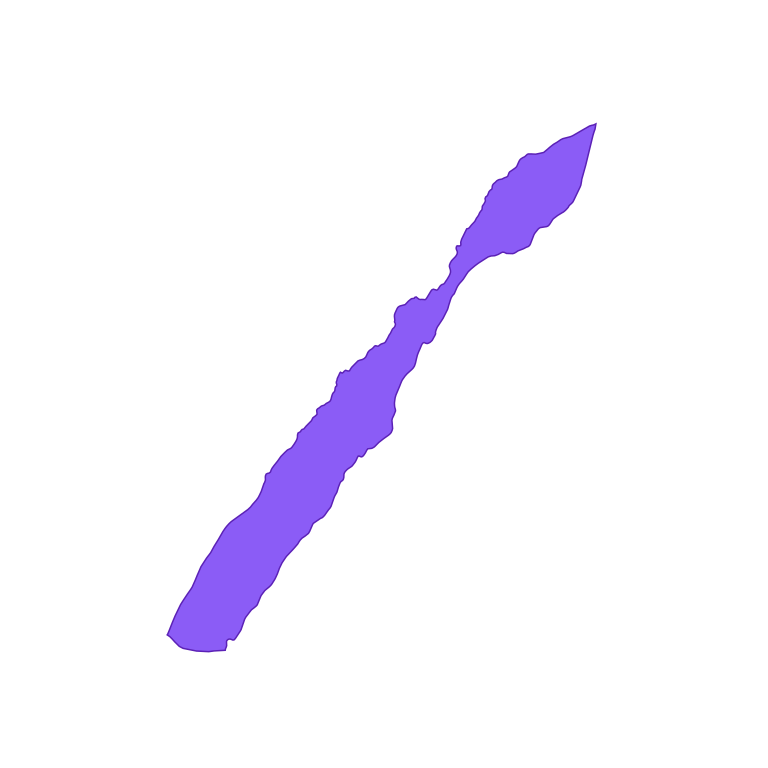 outline of Santa Cruz Muluá, Retalhuleu, Guatemala, rotated 201°
{"feature_id": "79465075B78170683113897", "entity_name": "Santa Cruz Muluá", "entity_type": "district", "adm_level": 2, "iso_a3": "GTM", "parent_name": "Guatemala", "parent_adm1": "Retalhuleu", "projection": "equal_earth", "projection_center": [-91.661, 14.45], "detail": "fine", "context": "isolated", "style": "filled", "palette": "violet", "viewbox_px": 768, "rotation_deg": 201, "n_neighbors": 0, "source": "geoboundaries", "source_scale": "gbopen_adm2", "svg_char_len": 6145}
<svg xmlns="http://www.w3.org/2000/svg" viewBox="0 0 768 768"><g transform="rotate(201 384 384)"><path d="M279.4,702.8L281.2,700.9L282.8,699.9L284.6,698.5L289.4,692.6L297.0,683.2L298.7,681.6L304.9,677.2L306.5,675.5L309.1,671.7L311.6,668.6L314.1,664.4L316.0,660.8L317.9,657.4L321.2,655.2L324.8,652.9L328.5,651.7L331.7,650.5L332.5,649.8L334.1,646.6L335.7,644.9L337.1,642.9L337.6,641.4L337.8,639.5L338.0,635.2L338.2,634.1L339.0,632.5L342.7,627.1L343.0,625.8L342.9,622.5L343.8,621.0L344.7,620.4L346.3,618.8L346.9,618.0L347.6,617.4L349.8,616.1L350.8,615.1L351.6,614.0L352.4,612.1L353.3,610.5L353.7,609.5L353.9,608.4L353.7,607.0L353.3,605.8L353.2,604.3L354.1,603.3L354.9,601.2L354.9,597.5L355.3,596.2L356.1,595.1L356.1,593.3L354.9,591.1L355.2,588.2L355.7,586.3L355.9,585.2L355.4,583.4L355.1,582.4L355.1,581.4L355.7,579.9L356.1,578.0L356.2,575.5L356.7,573.3L357.1,572.0L357.5,568.3L359.3,563.9L360.0,561.7L360.3,560.6L361.0,559.4L362.4,558.5L363.4,547.0L363.2,544.1L362.9,543.1L362.3,542.2L362.1,540.7L363.3,539.7L364.6,539.5L365.6,538.7L365.4,536.8L364.6,535.5L363.5,534.4L362.8,533.5L362.4,532.0L362.4,530.9L362.7,529.3L363.2,527.8L364.3,525.3L365.1,523.3L365.5,520.9L365.5,518.5L365.0,517.0L362.9,514.3L362.3,513.1L361.9,511.9L361.8,510.1L361.9,508.4L362.6,504.2L363.3,501.5L363.4,500.5L364.0,498.9L364.7,498.2L365.4,497.8L366.5,496.2L367.0,494.3L367.3,492.9L367.7,491.4L368.4,490.5L371.9,490.2L373.1,489.0L373.5,487.6L374.8,480.2L375.2,478.5L375.9,477.4L377.2,477.1L379.4,476.4L380.3,475.9L381.8,475.7L385.2,476.8L386.3,475.9L386.5,474.9L387.8,474.1L388.5,473.8L389.2,473.1L390.9,470.1L392.7,465.7L397.0,462.6L397.8,461.7L398.5,460.5L398.8,459.1L399.1,454.3L399.0,452.3L398.5,450.8L396.7,447.3L396.5,445.8L395.2,444.6L394.6,443.5L394.5,441.5L394.9,440.1L395.4,439.2L395.8,438.2L396.2,433.5L396.6,432.2L396.8,430.9L397.0,428.5L397.4,425.9L397.7,423.9L398.1,422.9L398.8,422.1L400.4,420.8L401.3,419.9L402.2,418.5L402.7,417.5L403.9,416.9L405.4,416.8L406.4,416.0L406.9,414.5L407.4,413.4L408.1,412.1L409.1,410.9L409.7,409.8L410.1,408.8L410.4,407.5L410.5,405.0L410.7,402.7L411.6,400.7L413.0,399.1L415.1,397.6L416.6,396.2L420.1,388.2L420.4,387.1L420.7,385.6L420.9,384.0L422.2,383.2L424.0,383.1L424.8,383.0L425.7,381.7L426.2,380.2L427.0,379.2L428.9,379.4L429.2,378.3L429.3,376.1L429.6,372.6L429.4,371.3L429.2,370.2L429.3,369.1L428.9,367.8L428.0,366.9L427.5,365.2L428.1,364.3L428.2,363.0L427.8,361.3L427.5,359.9L427.8,358.4L428.3,357.4L428.5,355.9L428.4,353.8L428.0,350.7L428.1,349.1L428.6,348.0L429.3,347.0L431.0,345.1L431.5,344.1L432.1,343.0L433.0,342.2L434.0,341.5L434.8,340.6L435.9,338.6L437.1,337.0L437.5,335.5L437.0,334.4L436.1,332.8L435.7,331.5L436.6,329.6L437.6,328.1L438.3,326.9L438.6,323.7L441.6,316.8L442.8,313.2L444.1,312.3L444.7,311.0L444.9,309.6L446.7,307.4L446.5,305.4L445.9,303.8L445.6,302.5L445.5,300.9L445.7,298.9L446.4,295.3L447.4,291.6L447.9,290.7L448.4,290.0L449.2,289.2L450.5,287.8L452.0,284.7L454.3,279.4L455.7,273.9L457.4,268.6L458.2,265.7L458.5,263.7L458.5,261.0L459.4,259.6L460.7,258.8L461.7,257.7L461.8,256.0L461.5,254.7L460.3,251.9L460.2,250.6L460.2,249.1L460.4,247.9L460.1,239.8L460.4,235.7L460.7,233.0L461.5,229.9L463.5,224.7L464.5,221.3L466.1,218.0L477.3,200.8L478.6,198.1L479.9,194.7L480.7,192.0L481.5,188.5L482.9,179.5L484.4,171.7L485.4,164.3L487.3,157.8L489.4,147.8L489.6,142.6L489.8,138.5L489.9,133.3L490.3,125.7L490.9,122.7L492.2,117.5L493.8,110.4L494.8,105.5L495.0,103.5L495.9,92.5L496.1,86.0L496.2,76.3L496.3,73.0L496.5,72.1L493.4,71.4L490.1,69.9L487.0,68.3L481.1,65.7L476.8,65.2L463.4,67.5L451.7,71.3L447.0,73.9L436.8,78.5L437.1,80.1L437.0,81.6L437.1,83.3L438.7,87.0L438.8,88.1L438.0,89.7L437.2,90.3L436.4,90.7L435.5,90.8L433.2,90.8L432.1,91.6L431.4,93.8L429.6,102.0L429.4,103.5L429.8,114.4L429.6,116.0L429.4,117.1L427.1,124.9L426.7,125.9L424.9,128.8L423.6,131.2L423.2,132.4L423.0,141.1L422.9,142.6L421.3,148.3L420.7,149.5L418.3,153.7L417.4,155.8L417.0,157.2L416.0,162.3L415.8,163.9L415.5,168.5L415.6,174.6L415.1,180.5L413.7,186.6L413.2,188.4L409.5,197.4L407.6,202.6L407.2,203.8L406.8,206.2L406.3,208.3L405.3,210.7L403.2,213.7L401.0,217.5L400.6,219.8L400.3,227.0L400.1,228.5L395.1,235.8L394.0,236.8L393.4,237.7L392.4,240.0L390.8,246.4L389.9,249.0L389.6,250.9L389.9,260.2L389.8,262.2L389.5,264.0L389.2,266.0L389.3,267.7L389.6,271.4L389.6,275.6L389.3,277.3L388.1,279.2L387.8,280.4L388.0,282.3L389.1,285.5L389.1,287.0L388.8,288.5L387.8,290.9L387.1,292.1L384.6,295.6L384.1,296.9L382.9,301.0L382.7,302.6L382.5,305.9L382.2,307.5L380.9,307.9L380.1,307.7L378.9,307.9L378.1,308.6L377.6,309.6L377.2,310.8L376.7,313.1L376.4,315.9L375.9,317.7L372.8,319.3L372.1,319.8L370.8,321.3L370.2,322.3L367.9,327.6L364.6,333.1L361.4,337.9L360.4,339.8L359.9,341.3L359.8,343.6L360.0,345.5L363.6,353.0L363.9,355.1L363.6,358.6L363.6,363.0L364.3,364.4L365.6,366.1L366.3,367.4L367.4,369.9L368.0,372.2L368.7,375.3L368.9,378.1L368.6,388.0L368.6,390.3L368.5,393.4L368.3,394.7L367.2,399.0L366.1,401.9L363.2,407.6L362.5,409.3L362.2,410.6L362.0,411.7L362.1,414.7L362.8,419.6L363.2,423.1L363.2,426.2L363.0,429.9L362.9,433.8L362.7,435.2L362.4,436.1L361.5,437.1L359.4,437.0L358.1,437.3L357.1,438.1L356.0,439.3L355.1,441.0L354.6,442.3L353.9,447.5L353.8,449.3L354.5,450.8L354.7,452.8L354.7,455.3L354.6,456.4L352.8,464.5L352.4,466.5L351.4,476.4L351.5,478.1L351.8,480.9L352.0,484.4L352.2,487.9L352.0,489.9L351.5,491.7L350.8,493.3L350.7,494.9L350.5,499.9L350.3,501.7L350.0,503.1L349.5,504.9L348.2,508.3L347.5,510.4L346.3,516.2L345.6,519.0L343.9,522.6L341.4,527.1L339.2,530.6L333.8,538.0L332.2,540.1L329.9,541.9L326.5,543.5L323.9,545.8L322.8,547.1L322.0,548.1L320.7,549.5L319.0,550.0L316.4,549.8L310.6,551.8L309.6,552.5L308.3,553.9L306.6,556.3L302.1,560.4L300.1,562.7L298.7,563.9L297.8,565.4L297.5,567.0L297.5,577.0L297.3,578.5L296.8,580.2L295.6,583.9L295.0,585.0L294.2,586.0L288.6,589.2L287.8,589.9L287.1,590.9L286.5,592.8L285.5,597.8L285.1,599.0L282.2,603.7L279.1,607.7L278.1,608.9L277.4,610.1L276.6,611.7L275.7,613.9L275.3,615.2L275.1,616.8L274.6,617.9L273.6,619.8L272.9,621.6L272.7,623.2L271.5,638.2L271.5,640.2L272.3,644.4L272.7,645.8L274.1,660.5L278.0,690.9L278.3,695.3L278.3,697.5L279.4,702.8Z" fill="#8b5cf6" stroke="#5b21b6" stroke-width="1.5"/></g></svg>